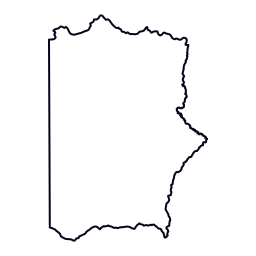 Trapeang Prasat, Siemréab, Cambodia (Mercator projection)
{"feature_id": "14789045B58524041159765", "entity_name": "Trapeang Prasat", "entity_type": "district", "adm_level": 2, "iso_a3": "KHM", "parent_name": "Cambodia", "parent_adm1": "Siemréab", "projection": "mercator", "projection_center": [104.395, 14.168], "detail": "fine", "context": "isolated", "style": "outline", "palette": "ink", "viewbox_px": 256, "rotation_deg": 0, "n_neighbors": 0, "source": "geoboundaries", "source_scale": "gbopen_adm2", "svg_char_len": 5820}
<svg xmlns="http://www.w3.org/2000/svg" viewBox="0 0 256 256"><path d="M188.2,45.0L186.4,45.1L185.7,44.7L185.5,44.2L185.7,43.5L186.5,42.3L186.8,40.0L186.2,38.7L185.4,38.0L183.7,37.8L182.9,38.0L181.4,39.3L180.5,39.7L179.2,39.7L176.9,38.6L175.9,38.6L175.4,39.1L174.6,39.2L173.0,38.6L172.4,38.2L170.8,35.5L169.6,34.4L165.8,33.4L165.0,32.8L164.3,32.6L163.4,32.9L161.7,34.7L160.8,35.2L160.4,35.4L159.6,35.2L159.0,34.8L158.2,33.7L157.9,33.2L157.6,31.9L157.3,31.5L156.9,31.3L155.6,31.3L153.5,31.6L151.8,32.6L151.2,32.6L150.0,31.0L149.5,30.6L147.8,29.7L147.4,28.9L147.3,27.3L146.8,27.1L146.0,27.7L144.6,29.7L143.7,30.7L141.7,31.4L140.1,31.6L139.5,31.8L137.8,33.6L137.2,33.8L135.1,34.3L132.5,34.0L130.7,34.1L129.4,33.7L128.2,32.7L127.6,32.4L127.2,32.5L126.4,33.1L125.8,33.1L124.2,32.0L122.0,31.6L121.4,30.7L120.9,29.5L120.3,29.1L119.1,28.7L118.5,27.7L117.2,28.0L116.4,27.9L115.4,27.4L112.3,24.4L109.5,20.5L108.3,19.5L107.7,19.3L106.2,19.8L105.8,19.6L104.1,17.9L102.6,16.0L101.9,15.5L101.0,15.4L100.3,15.6L99.5,16.4L98.7,17.9L97.6,18.9L97.0,19.3L96.4,19.5L94.6,19.4L94.1,19.5L93.6,21.3L93.2,21.8L92.0,22.6L90.4,23.4L90.2,23.9L90.8,25.1L90.7,25.9L89.8,27.2L89.1,29.1L88.3,29.9L87.3,30.6L86.1,30.7L81.3,32.8L74.4,34.7L72.0,34.4L70.8,33.8L70.2,33.3L69.2,31.9L67.8,28.9L66.8,27.6L65.9,27.0L65.6,27.0L65.1,27.6L64.2,27.9L63.0,27.1L61.3,26.5L60.7,26.5L60.1,26.9L58.6,28.2L58.1,28.5L56.1,28.9L54.7,29.5L53.5,30.5L53.7,31.1L54.9,31.8L55.2,32.3L55.3,33.1L54.4,34.1L54.3,34.6L55.4,36.6L55.6,37.4L55.4,37.9L54.6,38.7L53.4,39.3L49.0,39.7L49.8,227.4L51.7,228.0L55.2,229.6L56.5,231.0L58.1,232.1L60.0,233.8L60.9,236.4L64.8,238.6L66.6,239.0L71.2,239.4L73.5,240.6L74.6,240.6L76.5,238.4L78.0,238.2L78.8,237.7L78.9,237.1L79.3,236.3L80.5,236.0L82.3,235.0L84.8,233.9L85.9,232.8L86.2,232.1L87.5,230.9L89.6,229.7L91.2,228.2L92.8,227.3L94.7,226.5L95.9,226.5L97.4,227.1L99.7,229.2L100.1,229.1L101.2,227.7L103.4,226.4L103.9,226.1L104.8,226.5L107.7,225.8L108.3,225.5L109.3,226.2L110.1,226.2L111.2,226.5L112.8,227.2L113.5,227.7L114.1,227.9L116.1,227.6L117.4,228.1L120.4,227.3L122.9,227.2L126.2,226.6L127.6,226.6L129.0,226.8L130.2,227.2L131.9,228.2L133.8,228.8L134.6,228.7L135.2,228.1L135.6,226.9L136.3,226.3L137.2,225.0L138.3,224.3L139.1,223.7L139.3,223.4L139.7,223.5L140.1,224.0L142.7,224.7L143.2,225.0L143.9,225.7L145.1,225.3L146.2,225.1L147.0,225.2L147.8,225.5L148.7,225.5L150.7,224.7L151.7,225.2L153.5,224.5L154.4,224.9L155.0,225.6L157.1,227.1L157.8,228.0L158.5,228.5L159.5,228.6L161.1,229.3L161.4,230.0L161.4,230.5L163.7,233.4L163.8,234.7L164.4,235.6L164.2,236.6L164.6,237.3L165.4,237.6L166.5,236.9L167.1,235.8L167.6,235.5L167.4,235.1L167.3,233.6L167.8,232.2L168.3,231.4L168.0,230.9L167.8,229.9L167.5,229.3L166.5,228.7L166.4,227.7L166.5,227.2L166.8,226.9L168.7,226.0L169.2,225.7L169.5,222.1L169.7,221.8L169.8,220.9L170.2,220.4L170.2,219.9L169.9,217.9L168.7,216.2L168.4,215.1L168.3,214.2L166.2,210.5L165.6,209.3L165.6,208.7L166.4,203.9L167.0,203.1L168.6,201.6L169.2,199.9L169.1,199.0L168.1,196.3L168.4,195.7L169.2,195.6L170.9,194.9L171.4,192.2L171.3,191.6L170.8,190.9L170.8,190.3L170.9,189.2L171.6,187.5L171.1,185.1L171.3,184.8L172.5,184.2L172.6,183.9L172.8,182.6L172.7,182.0L173.1,180.8L173.1,180.1L174.0,177.9L174.2,175.8L175.6,172.9L176.0,172.5L176.6,172.0L178.1,172.1L179.8,171.3L181.3,169.7L181.7,167.6L183.4,165.5L183.7,164.4L183.4,163.8L183.7,162.8L183.9,162.6L184.8,162.5L185.5,162.1L185.5,161.5L186.6,160.9L187.5,159.1L188.4,158.4L188.9,157.3L191.3,156.8L191.9,155.5L193.9,152.2L195.2,151.2L195.9,150.9L197.0,151.0L198.6,149.0L199.2,147.4L199.8,147.3L200.3,146.5L201.3,145.6L203.0,145.1L203.1,144.8L202.9,143.7L203.4,142.3L204.3,142.2L205.0,142.4L205.5,142.4L205.8,142.3L206.1,141.9L206.0,141.5L206.1,140.8L206.4,139.7L207.0,139.1L207.0,138.8L206.6,138.5L205.4,138.3L205.2,138.0L205.3,137.7L205.8,137.2L204.9,136.5L204.5,136.0L203.9,136.0L203.1,135.7L202.9,134.9L202.3,134.7L202.3,134.2L202.0,134.0L201.5,134.3L201.2,134.3L200.8,133.6L200.6,133.5L199.8,133.7L199.2,134.2L198.9,133.5L197.5,133.4L197.5,133.2L197.9,132.8L198.1,132.2L197.5,131.7L197.0,131.6L196.5,131.2L196.1,131.3L195.8,131.6L195.5,131.6L195.3,131.2L194.9,130.8L195.1,130.5L195.0,130.1L194.6,130.2L194.4,130.0L194.5,129.7L194.2,129.5L193.8,129.3L193.7,129.6L193.9,129.7L193.6,130.0L192.9,129.6L192.5,128.8L191.9,128.8L191.6,128.6L191.5,128.3L191.1,128.1L190.3,128.0L190.1,127.8L190.4,126.8L190.3,126.3L189.8,125.8L190.0,125.5L189.5,124.9L187.8,123.7L186.6,123.8L185.8,123.5L185.6,122.8L185.2,122.2L185.2,121.9L184.8,121.1L185.2,120.6L184.8,120.0L183.8,119.6L184.0,118.8L183.8,118.5L182.4,117.7L181.9,117.6L181.2,117.0L181.1,116.7L181.7,116.5L181.9,116.3L181.9,115.9L181.7,115.7L181.0,115.7L180.4,115.3L181.4,114.4L181.3,114.1L180.9,114.0L180.7,113.5L180.4,113.4L179.7,113.6L178.6,113.5L177.7,113.1L177.7,112.7L178.1,112.2L178.4,112.2L178.1,111.7L177.6,111.5L176.9,110.8L177.0,110.3L176.7,109.2L176.7,108.9L177.6,107.9L178.0,107.9L178.3,107.6L179.3,107.6L180.1,108.2L181.7,108.3L182.0,108.1L182.0,107.8L182.9,107.7L183.2,107.2L183.9,106.9L184.0,104.7L183.2,103.8L183.2,103.4L183.7,102.7L184.4,102.3L184.9,100.5L184.8,99.9L185.1,98.8L185.6,97.8L186.1,97.8L186.4,97.5L186.3,97.0L186.7,96.4L186.5,95.6L186.0,94.3L185.2,93.9L185.3,93.6L186.0,92.5L185.7,91.0L185.9,89.7L184.8,87.5L185.1,87.2L185.1,86.9L183.7,85.6L183.4,85.6L183.0,85.8L182.9,85.5L182.6,85.4L182.3,84.8L183.4,84.3L183.5,84.1L183.4,83.8L183.8,83.0L183.8,81.7L182.9,80.6L182.7,79.7L183.2,78.6L183.3,78.3L183.1,78.0L183.3,77.5L184.0,76.5L184.0,75.9L182.9,74.4L182.5,73.5L183.1,71.6L183.1,71.3L183.3,70.5L183.3,70.1L183.7,69.4L183.6,67.7L184.1,65.2L184.6,64.3L185.0,63.3L185.5,62.8L185.7,62.3L185.7,61.0L185.9,61.0L186.1,60.7L186.1,59.8L186.9,59.0L186.8,58.4L187.3,56.8L187.3,56.3L186.9,55.8L187.0,55.3L187.6,54.1L187.1,53.3L187.5,50.4L187.6,48.6L188.2,46.4L188.2,45.0Z" fill="none" stroke="#020617" stroke-width="2"/></svg>